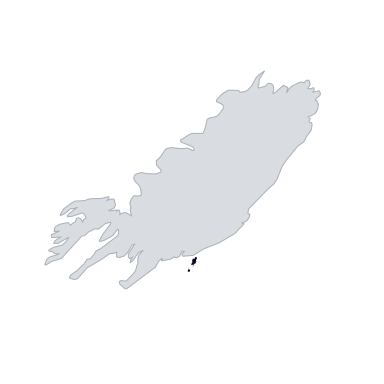 Vestmannaeyjabær, Suðurland, Iceland shown in context, rotated 325°
{"feature_id": "244011B92581391550134", "entity_name": "Vestmannaeyjabær", "entity_type": "district", "adm_level": 2, "iso_a3": "ISL", "parent_name": "Iceland", "parent_adm1": "Suðurland", "projection": "robinson", "projection_center": [-20.315, 63.394], "detail": "fine", "context": "in_parent", "style": "filled", "palette": "ink", "viewbox_px": 384, "rotation_deg": 325, "n_neighbors": 0, "source": "geoboundaries", "source_scale": "gbopen_adm2", "svg_char_len": 5595}
<svg xmlns="http://www.w3.org/2000/svg" viewBox="0 0 384 384"><g transform="rotate(325 192 192)"><path d="M293.4,140.2L296.8,140.4L302.2,139.1L310.0,135.2L313.3,134.4L321.0,134.4L311.9,138.1L308.6,142.1L306.1,144.1L306.2,145.0L312.8,147.5L315.9,146.7L317.3,147.0L318.6,148.2L319.6,150.5L319.1,152.8L317.4,155.3L314.9,157.3L315.3,157.9L317.3,158.2L328.1,157.0L329.5,160.0L330.5,160.9L330.2,161.9L326.1,165.1L331.0,163.1L335.0,162.6L341.9,163.6L344.8,164.7L346.5,166.7L349.9,166.1L351.5,167.2L351.7,168.5L350.3,171.8L346.3,173.5L348.9,175.9L351.0,176.0L351.4,176.5L351.2,178.0L348.2,179.7L353.5,181.6L354.2,182.3L353.9,184.4L353.1,185.7L351.6,186.4L347.9,186.5L345.6,187.3L346.5,188.7L345.9,192.5L343.1,195.7L340.4,197.3L337.8,198.4L330.3,197.2L330.7,199.9L328.1,201.6L328.6,202.9L329.6,203.6L329.2,205.4L325.9,209.1L323.6,210.3L318.8,211.8L312.0,215.1L304.9,215.1L287.8,219.9L281.0,222.5L269.0,230.2L263.9,232.3L255.1,233.3L228.6,238.4L225.6,241.4L225.5,242.1L226.7,243.3L224.7,245.4L220.7,247.0L218.8,247.0L215.5,245.7L215.1,246.3L216.4,247.9L203.4,250.6L185.3,249.2L169.3,245.4L156.6,244.6L147.7,239.4L147.5,238.5L148.4,237.0L151.7,236.3L150.1,234.7L144.7,237.5L143.0,237.4L140.7,236.3L140.6,235.1L136.1,234.7L128.4,231.4L127.8,230.6L129.6,229.5L129.3,229.3L125.1,229.5L118.9,232.6L82.6,233.8L81.4,232.2L80.0,226.1L81.3,223.6L82.9,223.8L87.0,227.2L96.8,225.3L100.7,224.1L104.4,220.8L106.5,219.7L109.5,215.5L112.5,213.0L118.7,211.8L113.2,211.0L104.0,214.4L101.0,214.4L102.4,212.9L105.6,211.3L103.4,211.2L102.6,210.4L102.5,208.9L104.1,206.4L115.0,201.9L112.4,201.1L104.9,204.5L99.5,205.6L95.1,204.1L93.0,202.0L93.2,201.1L95.8,198.4L95.4,197.9L93.6,197.7L88.9,195.2L81.3,195.4L62.6,194.0L48.4,197.4L45.1,195.9L42.4,192.5L43.0,191.2L45.5,190.4L52.4,190.5L62.6,188.9L67.2,186.9L69.0,187.4L69.8,188.4L76.1,186.9L79.5,185.2L85.1,186.0L106.1,185.2L108.9,183.0L110.0,180.4L109.6,179.9L101.8,182.2L100.0,182.2L91.1,181.0L87.9,179.5L89.0,178.4L93.7,175.9L105.9,171.8L107.6,171.0L107.8,170.0L103.0,168.2L93.9,168.7L91.7,166.6L84.2,165.4L79.1,166.2L76.5,164.9L46.8,171.5L37.3,168.5L30.4,168.0L29.8,167.0L33.9,164.1L36.7,163.6L39.4,163.9L44.6,165.9L48.2,166.5L43.8,163.5L43.6,160.7L42.2,160.0L40.9,158.1L41.5,157.4L46.9,157.9L55.5,161.1L59.8,160.5L65.3,158.4L53.0,157.3L49.3,154.7L52.0,153.3L58.4,153.5L51.4,149.0L51.1,148.3L52.3,146.3L61.2,148.0L56.6,145.4L56.5,144.8L57.8,144.3L58.6,142.7L60.8,142.0L65.3,142.6L72.2,145.6L73.2,146.5L73.4,149.6L76.1,149.1L79.4,149.6L82.2,147.4L84.0,147.9L85.5,149.8L85.2,154.0L87.1,152.5L90.4,152.4L90.9,149.0L90.4,146.3L79.8,143.1L75.7,140.8L76.2,140.0L78.3,139.3L89.4,138.8L84.6,137.4L83.5,136.1L75.1,136.6L70.8,136.0L70.8,135.3L72.5,134.3L77.6,132.1L87.3,132.0L91.2,132.5L98.6,137.2L104.6,139.1L114.5,145.5L120.9,147.9L121.2,148.6L120.2,149.3L117.7,150.2L121.5,151.3L123.8,152.9L123.9,153.6L121.8,158.8L119.4,160.4L113.4,159.5L114.8,161.1L119.0,162.8L120.0,163.8L119.4,164.7L121.4,164.5L122.0,165.0L121.1,167.9L120.0,169.0L123.5,169.5L126.0,171.0L128.9,176.9L130.5,172.4L131.4,170.7L132.9,170.1L134.6,165.5L138.6,162.8L142.3,161.8L146.2,164.9L149.0,165.3L151.9,159.6L152.3,155.5L151.4,150.9L151.9,147.7L153.8,145.7L156.3,145.1L161.6,147.0L166.1,151.6L172.8,156.5L177.5,157.8L178.3,157.6L179.1,156.0L178.4,149.5L180.6,146.0L186.1,145.2L194.4,142.0L196.3,141.9L200.5,143.8L208.0,150.3L213.3,153.3L216.1,158.1L217.3,159.1L218.5,157.5L218.5,155.4L212.0,145.4L211.9,144.0L212.5,142.9L224.0,143.5L226.6,144.6L234.6,150.3L238.5,148.0L246.1,141.2L248.8,141.4L255.4,144.2L258.1,143.9L265.8,141.5L267.3,138.3L263.8,131.9L265.2,130.6L272.3,129.0L280.0,129.3L288.2,135.3L288.6,138.0L293.4,140.2Z" fill="#d9dde1" stroke="#a8b0b8" stroke-width="1"/><path d="M155.3,248.7L155.2,248.6L154.9,248.7L154.9,248.8L154.7,248.8L154.4,248.9L154.2,248.9L153.9,248.9L153.7,248.9L153.6,249.0L153.6,248.9L153.5,249.0L153.5,248.9L153.4,249.0L153.4,248.9L153.4,249.0L153.2,249.0L153.2,249.3L153.3,249.3L153.4,249.2L153.4,249.3L153.5,249.3L153.4,249.3L153.5,249.3L153.4,249.5L153.5,249.5L153.4,249.6L153.5,249.6L153.5,249.8L153.6,250.1L153.8,250.3L154.0,250.4L154.1,250.5L153.9,250.7L153.7,250.8L153.8,250.9L153.9,251.0L153.9,250.9L153.9,251.0L154.0,251.0L154.0,250.9L154.0,251.0L154.1,250.9L154.3,250.7L154.5,250.6L154.6,250.4L154.4,250.2L154.5,250.1L154.9,250.0L154.9,249.9L154.9,250.0L155.0,249.9L155.1,250.0L155.1,249.9L155.3,249.9L155.5,249.8L155.6,249.6L155.8,249.4L155.8,249.2L155.7,249.2L155.4,249.0L155.1,249.0L154.9,249.0L154.7,249.0L154.4,249.1L154.1,249.1L154.3,249.0L154.5,249.0L154.8,249.0L154.9,248.9L155.0,248.8L155.0,248.7L155.1,248.8L155.3,248.8L155.3,248.7L155.3,248.7ZM144.6,254.5L144.6,254.4L144.5,254.5L144.3,254.5L144.0,254.6L143.9,254.7L144.0,254.8L144.2,255.0L144.3,255.0L144.5,255.0L144.7,254.9L144.8,254.8L144.8,254.7L144.7,254.7L144.6,254.5ZM157.5,248.1L157.3,248.1L157.2,248.1L157.1,248.3L157.3,248.4L157.5,248.3L157.5,248.2L157.5,248.1ZM157.0,248.8L156.9,248.8L156.7,248.9L156.8,249.0L157.0,249.0L157.1,248.9L157.0,248.8ZM151.5,250.8L151.4,250.9L151.3,251.0L151.5,251.0L151.7,250.9L151.5,250.8ZM152.9,251.2L152.8,251.3L153.0,251.4L153.1,251.2L152.9,251.2ZM151.7,252.3L151.5,252.5L151.6,252.4L151.7,252.3ZM151.5,251.2L151.4,251.2L151.5,251.3L151.6,251.2L151.6,251.3L151.7,251.2L151.5,251.2ZM155.5,248.4L155.4,248.4L155.4,248.5L155.5,248.5L155.4,248.4L155.5,248.4L155.5,248.4ZM150.5,253.3L150.5,253.5L150.5,253.4L150.5,253.3ZM152.6,249.3L152.6,249.2L152.6,249.3L152.6,249.3ZM151.6,251.3L151.6,251.2L151.6,251.3L151.6,251.3ZM152.5,249.0L152.4,249.0L152.5,249.0ZM150.4,253.3L150.4,253.2L150.4,253.3L150.4,253.3Z" fill="#0f172a" stroke="#020617" stroke-width="1.5"/></g></svg>